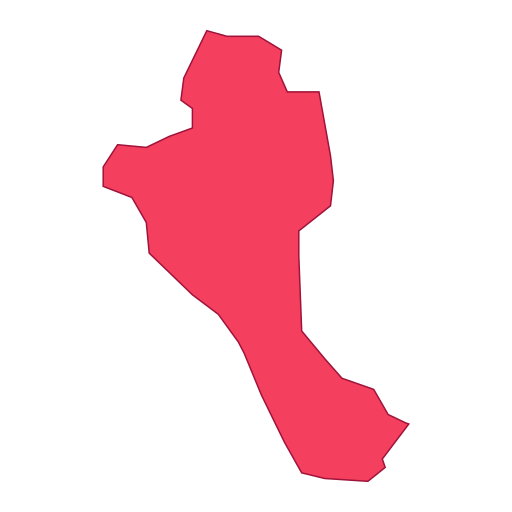 outline of Jeungpyeong-gun, North Chungcheong, South Korea
{"feature_id": "91817680B75298348451478", "entity_name": "Jeungpyeong-gun", "entity_type": "district", "adm_level": 2, "iso_a3": "KOR", "parent_name": "South Korea", "parent_adm1": "North Chungcheong", "projection": "robinson", "projection_center": [127.607, 36.772], "detail": "fine", "context": "isolated", "style": "filled", "palette": "rose", "viewbox_px": 512, "rotation_deg": 0, "n_neighbors": 0, "source": "geoboundaries", "source_scale": "gbopen_adm2", "svg_char_len": 663}
<svg xmlns="http://www.w3.org/2000/svg" viewBox="0 0 512 512"><path d="M206.8,30.7L183.8,78.0L180.9,100.2L192.4,108.5L192.4,128.0L169.4,136.3L146.3,147.4L117.6,144.7L103.2,166.9L103.2,186.4L131.9,197.5L146.3,222.5L149.2,253.1L150.6,254.5L166.5,269.8L192.4,294.8L218.3,314.3L238.4,342.1L244.2,353.3L261.4,395.0L284.5,442.3L301.7,472.9L324.8,478.5L367.9,481.3L385.2,467.4L382.3,459.0L408.8,424.0L405.4,422.8L388.1,414.5L373.7,389.4L342.0,378.3L324.8,358.8L301.7,331.0L298.8,255.9L298.8,230.9L330.5,205.8L333.4,180.8L330.5,155.8L319.0,91.9L287.3,91.9L278.7,72.4L281.6,50.2L258.6,36.3L226.9,36.3L206.8,30.7Z" fill="#f43f5e" stroke="#9f1239" stroke-width="1.5"/></svg>